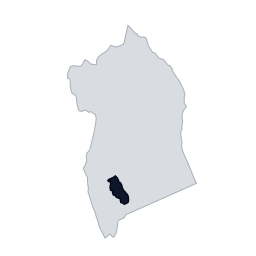 where Kiruhura sits in Uganda, rotated 336°
{"feature_id": "UGA-3371", "entity_name": "Kiruhura", "entity_type": "District", "adm_level": 1, "iso_a3": "UGA", "parent_name": "Uganda", "parent_adm1": "", "projection": "equal_earth", "projection_center": [30.869, -0.246], "detail": "fine", "context": "in_parent", "style": "filled", "palette": "ink", "viewbox_px": 256, "rotation_deg": 336, "n_neighbors": 0, "source": "natural_earth", "source_scale": "10m", "svg_char_len": 2861}
<svg xmlns="http://www.w3.org/2000/svg" viewBox="0 0 256 256"><g transform="rotate(336 128 128)"><path d="M168.0,206.4L165.3,206.4L161.0,206.4L156.6,206.4L152.3,206.4L147.9,206.4L143.6,206.4L139.2,206.4L134.9,206.4L130.5,206.4L126.1,206.4L121.8,206.4L117.4,206.4L113.1,206.4L108.7,206.4L104.4,206.4L100.0,206.4L95.7,206.4L93.1,206.4L92.6,206.3L92.3,206.1L90.6,206.5L88.9,208.0L87.1,208.6L85.2,208.4L84.9,208.5L83.9,208.5L82.5,208.4L81.3,208.8L80.3,210.0L79.3,212.2L77.5,214.7L76.1,216.9L74.9,218.5L72.2,221.0L70.7,221.8L70.0,221.7L69.5,221.2L68.7,217.9L68.2,217.4L62.9,219.1L62.1,219.1L62.2,218.1L61.8,210.3L61.7,205.5L62.4,202.6L62.8,199.1L62.9,196.1L63.8,191.0L63.5,187.9L64.7,177.1L65.0,175.3L65.5,170.1L66.3,168.5L67.0,167.8L67.9,164.6L69.6,159.5L70.8,156.9L70.6,151.1L70.8,147.2L71.0,146.3L73.6,144.8L76.9,141.2L78.3,137.0L80.3,134.2L84.1,132.5L95.5,117.8L100.8,109.9L103.1,105.9L103.2,104.5L103.6,102.5L102.7,101.1L101.6,99.7L101.2,98.5L100.3,97.8L98.9,97.9L98.0,97.0L97.0,95.2L96.0,94.1L92.8,94.2L90.3,92.4L90.3,89.9L91.3,85.0L93.2,79.4L93.3,77.9L93.0,76.6L92.5,75.5L91.7,74.4L90.9,73.0L91.5,69.0L92.7,65.1L93.7,63.1L94.6,60.9L94.4,59.1L93.0,58.2L93.7,56.5L95.2,53.5L98.1,50.5L100.6,48.5L102.3,48.5L105.7,50.1L108.7,52.0L110.3,52.1L112.3,51.3L116.4,48.0L117.4,49.0L118.6,51.0L119.9,54.4L122.6,55.9L123.8,57.0L124.7,57.3L125.2,57.0L126.2,54.4L127.4,52.9L129.6,51.1L134.4,49.7L137.9,49.3L139.4,48.9L141.9,48.1L145.8,45.4L149.6,48.9L153.8,49.6L157.8,49.5L159.0,48.5L159.7,47.7L163.9,41.9L169.7,34.2L173.5,45.1L174.8,45.8L174.6,46.7L174.3,47.6L176.8,50.3L179.9,51.6L181.0,53.0L181.1,54.4L180.1,60.8L180.3,62.6L181.3,69.0L183.1,70.5L184.7,76.9L188.0,79.6L188.5,80.4L189.2,83.5L190.2,86.9L191.0,87.7L191.5,87.9L192.5,91.6L191.9,93.6L192.7,99.8L193.9,105.3L194.3,111.9L194.3,114.8L194.2,116.6L194.0,119.1L193.4,120.6L192.3,122.0L191.2,124.2L190.2,126.6L189.5,127.8L190.0,131.3L189.9,132.3L189.6,132.7L188.1,133.3L186.2,134.2L185.1,135.2L183.5,137.0L182.1,139.0L180.4,144.7L177.5,149.2L177.0,150.7L174.3,153.4L173.1,156.7L172.3,160.7L171.3,163.6L169.0,167.6L168.4,173.9L168.5,186.4L167.9,200.7L168.0,206.4Z" fill="#d9dde1" stroke="#a8b0b8" stroke-width="1"/><path d="M88.8,169.4L88.2,167.9L89.3,167.2L90.2,167.2L92.2,167.2L93.3,167.2L95.2,167.1L96.9,166.6L97.4,168.0L97.9,169.2L98.0,170.5L98.0,172.6L97.8,173.4L97.5,173.8L97.3,174.3L98.0,174.5L98.8,174.8L99.0,177.5L98.5,180.3L98.5,182.4L98.8,183.6L99.2,184.7L99.9,187.3L100.3,188.4L100.5,189.6L100.2,190.7L99.8,192.3L98.8,194.8L97.9,195.8L96.9,196.1L95.8,196.2L94.7,196.0L94.2,196.1L93.6,196.2L93.3,195.7L93.1,195.0L92.3,194.0L91.2,193.3L91.4,192.2L91.5,191.2L92.3,189.7L89.6,186.9L89.0,186.1L89.1,184.9L88.7,184.2L88.1,184.0L87.3,182.8L87.7,180.8L87.8,179.9L88.2,179.2L88.8,178.8L86.8,177.9L87.2,175.7L88.1,173.8L89.3,172.2L90.4,169.4L88.8,169.4Z" fill="#0f172a" stroke="#020617" stroke-width="1.5"/></g></svg>